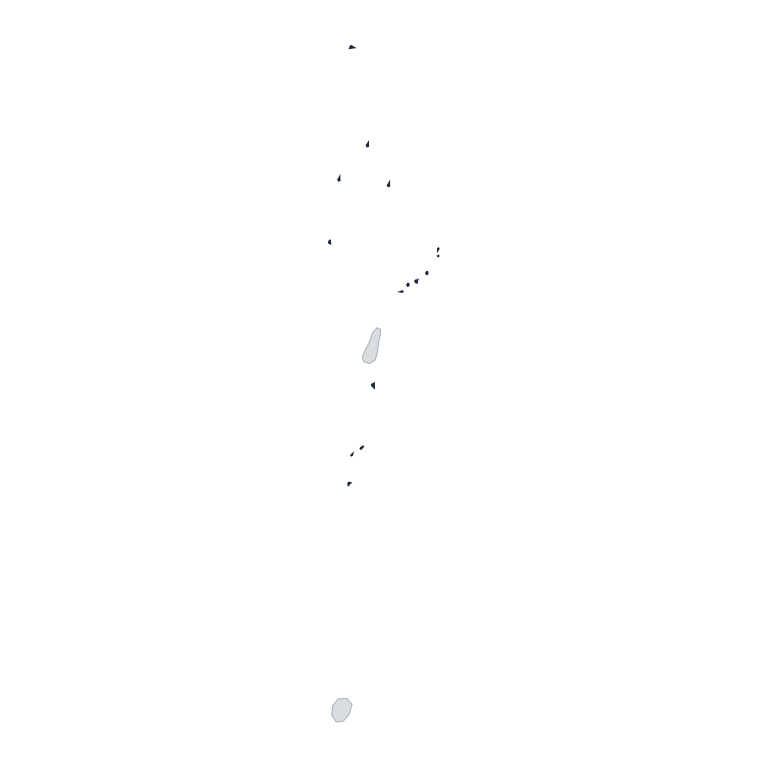 Maldives, with Kaafu highlighted
{"feature_id": "MDV-5230", "entity_name": "Kaafu", "entity_type": "Atoll", "adm_level": 1, "iso_a3": "MDV", "parent_name": "Maldives", "parent_adm1": "", "projection": "natural_earth1", "projection_center": [73.522, 4.408], "detail": "fine", "context": "in_parent", "style": "outline", "palette": "slate", "viewbox_px": 768, "rotation_deg": 0, "n_neighbors": 0, "source": "natural_earth", "source_scale": "10m", "svg_char_len": 1770}
<svg xmlns="http://www.w3.org/2000/svg" viewBox="0 0 768 768"><path d="M375.3,359.9L369.5,363.5L364.0,362.0L362.2,357.5L364.9,350.7L369.4,342.1L372.6,332.7L377.1,327.7L380.6,329.4L380.3,334.6L378.6,341.9L377.5,351.2L375.3,359.9ZM343.3,721.2L336.2,721.9L331.7,715.3L332.7,705.7L338.3,698.9L347.0,698.5L352.0,704.5L349.4,713.9L343.3,721.2Z" fill="#d9dde1" stroke="#a8b0b8" stroke-width="1"/><path d="M373.9,383.5L374.0,387.4L372.7,386.2L372.0,385.4L371.9,384.6L372.9,384.1L373.9,383.5ZM353.6,47.5L350.0,48.0L350.8,46.2L351.5,46.1L352.4,46.8L353.6,47.5ZM417.3,280.1L417.0,281.1L417.1,282.0L417.0,282.6L416.6,282.5L415.9,282.4L415.2,280.9L415.6,280.5L416.5,280.5L417.3,280.1ZM330.0,239.9L330.2,243.4L329.0,242.8L329.0,242.0L329.5,241.1L330.0,239.9ZM339.4,177.7L339.4,177.8L339.4,178.8L339.6,179.7L339.5,180.3L338.8,180.6L338.2,179.7L338.4,179.1L338.9,178.6L339.4,177.7ZM408.5,283.0L408.4,284.1L408.6,284.9L408.6,285.5L407.8,285.9L407.2,284.9L407.4,284.4L407.9,283.9L408.5,283.0ZM368.0,143.5L368.0,144.6L368.2,145.5L368.1,146.1L367.3,146.4L367.2,146.1L366.7,145.5L366.9,144.9L367.5,144.3L368.0,143.5ZM389.1,183.3L389.1,184.4L389.2,185.3L389.2,185.9L388.4,186.2L388.2,185.9L387.8,185.3L388.1,184.7L388.6,184.2L389.1,183.3ZM427.3,271.2L427.3,272.3L427.5,273.1L427.5,273.8L426.7,274.1L426.1,273.2L426.3,272.6L426.9,272.1L427.3,271.2ZM350.2,483.0L349.5,483.6L348.9,484.5L348.5,484.9L348.3,484.1L348.6,482.9L349.1,482.7L349.7,482.9L350.2,483.0ZM363.6,446.0L361.1,448.7L360.3,449.3L360.9,448.0L361.7,447.3L363.6,446.0ZM403.2,291.0L402.1,291.9L401.1,291.7L403.2,291.0ZM352.3,454.3L352.1,455.0L350.6,455.9L352.3,454.3ZM439.0,248.2L438.9,248.2L438.0,249.7L438.0,248.7L439.0,248.2ZM439.0,255.3L438.3,256.2L437.2,256.5L439.0,255.3Z" fill="none" stroke="#1e293b" stroke-width="2"/></svg>